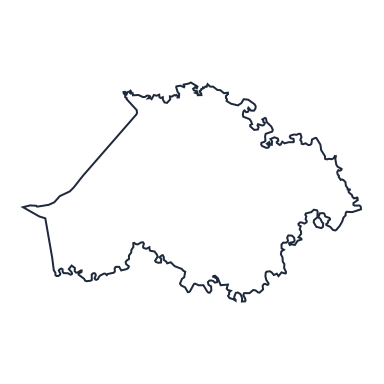 Mueang Yang, Nakhon Ratchasima, Thailand (orthographic projection)
{"feature_id": "78962969B16605171909127", "entity_name": "Mueang Yang", "entity_type": "district", "adm_level": 2, "iso_a3": "THA", "parent_name": "Thailand", "parent_adm1": "Nakhon Ratchasima", "projection": "orthographic", "projection_center": [102.902, 15.442], "detail": "fine", "context": "isolated", "style": "outline", "palette": "slate", "viewbox_px": 384, "rotation_deg": 0, "n_neighbors": 0, "source": "geoboundaries", "source_scale": "gbopen_adm2", "svg_char_len": 5983}
<svg xmlns="http://www.w3.org/2000/svg" viewBox="0 0 384 384"><path d="M126.6,99.1L136.7,110.1L137.0,112.9L136.5,114.3L82.9,175.8L73.6,187.6L69.8,191.4L59.8,196.1L54.3,202.3L48.8,204.8L38.3,206.5L36.9,206.5L36.4,205.8L30.1,205.4L23.0,207.2L39.4,216.5L45.3,218.3L52.2,257.8L53.8,270.3L55.4,272.7L55.5,275.2L56.5,276.0L58.3,276.0L60.1,274.7L60.3,273.5L58.8,270.6L59.5,269.5L61.3,268.6L62.5,269.2L62.7,271.8L63.6,273.1L68.2,273.3L70.4,274.7L71.6,274.4L72.1,273.6L71.5,272.1L68.8,269.1L71.6,265.6L74.9,268.0L74.7,271.1L76.0,272.6L77.4,272.6L81.0,270.4L81.7,270.5L81.4,272.1L78.7,273.4L78.6,274.7L84.0,278.7L85.3,280.8L86.7,281.2L90.7,280.7L91.8,280.0L91.7,274.5L93.1,273.3L94.7,273.2L95.6,274.3L95.8,275.4L94.6,278.3L95.4,279.6L96.5,279.8L98.0,279.0L98.9,276.9L100.5,275.3L104.1,273.6L105.4,273.7L106.8,275.1L107.7,274.0L113.8,272.7L114.8,271.6L114.7,268.2L115.7,266.9L119.2,266.9L121.2,270.4L126.4,269.2L128.3,268.0L128.9,266.4L126.1,264.1L125.6,262.1L126.8,260.4L128.9,259.2L129.0,255.5L131.1,252.7L131.5,249.8L133.4,246.9L133.3,243.1L134.2,242.9L136.1,244.2L137.7,244.4L141.3,242.4L143.0,242.3L143.9,243.7L143.0,246.9L143.5,247.9L146.2,248.8L149.4,247.2L149.6,249.8L150.3,250.8L154.6,251.5L157.0,254.8L157.6,256.7L155.1,260.7L155.8,261.9L158.3,262.8L161.0,262.5L161.2,258.7L159.5,257.3L161.9,255.3L162.8,255.2L163.8,257.1L163.8,259.9L166.3,261.7L167.1,263.3L170.8,262.3L174.7,266.2L181.7,268.9L183.4,270.8L185.2,271.7L184.2,277.3L182.0,278.8L180.0,283.6L181.1,285.4L185.1,287.4L187.8,292.1L188.9,292.1L190.0,291.3L193.9,284.1L195.0,283.6L198.7,285.3L203.4,285.2L207.2,291.5L208.5,292.7L209.7,292.7L211.3,290.6L211.1,286.4L208.5,284.8L207.9,282.1L209.3,280.7L211.0,280.4L213.2,281.0L214.9,282.6L217.0,282.2L217.4,281.3L216.7,278.4L213.1,276.7L213.4,276.0L215.1,275.8L217.8,278.2L220.7,285.2L227.9,284.6L226.7,288.6L227.8,290.0L230.8,290.8L229.0,292.4L229.2,294.3L228.0,295.9L229.6,298.1L233.0,299.1L235.6,300.7L235.6,299.8L234.2,298.3L234.3,296.6L235.8,292.9L237.9,292.5L240.3,294.0L241.1,295.4L242.2,298.4L241.9,301.5L245.0,301.4L245.5,300.7L245.2,298.6L243.3,295.1L244.1,293.1L249.6,293.1L253.2,290.0L255.5,290.4L258.1,292.4L259.6,292.6L263.1,289.4L262.6,286.0L263.7,284.2L265.0,283.8L267.4,284.9L268.4,284.4L268.5,283.3L266.2,279.8L265.4,276.2L265.8,272.6L266.6,271.7L270.0,271.3L271.8,272.5L273.8,275.0L276.8,273.7L278.5,276.1L281.5,272.4L285.1,273.5L285.9,273.2L286.0,272.0L284.1,267.9L284.4,264.1L282.8,261.7L282.5,257.4L280.9,254.3L281.4,251.3L283.9,249.8L281.6,248.4L281.5,244.5L283.1,242.7L286.1,242.7L287.7,241.6L288.0,240.6L287.2,237.8L287.9,235.9L288.7,235.4L292.1,235.7L294.1,237.7L294.6,240.5L293.8,241.9L289.4,242.9L289.1,243.6L289.8,245.0L291.7,244.3L294.8,245.0L297.6,240.8L301.5,239.5L301.3,238.5L298.5,237.3L301.1,233.9L300.9,231.0L299.7,229.4L300.7,226.2L298.7,225.2L298.4,223.9L300.0,222.4L302.0,222.5L304.3,223.6L306.5,222.4L306.8,221.2L305.6,219.3L306.3,216.3L305.3,214.8L305.8,213.5L311.3,212.1L313.9,209.7L316.9,210.3L317.6,211.6L317.4,217.3L314.0,220.1L313.7,222.3L316.3,226.8L321.3,228.1L322.9,226.9L323.2,223.3L322.0,222.2L320.3,218.7L318.6,217.6L318.5,216.8L319.9,213.3L323.0,213.1L324.3,213.6L325.3,216.5L329.4,217.9L330.1,219.0L329.8,219.8L328.2,220.8L328.0,222.6L326.2,224.2L326.3,225.0L330.3,226.9L332.8,229.8L335.1,230.5L336.2,230.0L339.7,225.9L342.2,221.6L343.4,217.7L345.6,215.4L345.6,213.4L346.5,211.8L352.3,212.1L361.0,209.3L360.8,206.8L359.6,205.5L354.6,205.6L353.4,204.8L353.5,203.0L357.8,200.1L357.5,197.9L357.0,197.5L356.1,198.4L355.0,197.9L354.0,198.4L352.4,196.8L352.1,195.2L348.8,192.4L348.4,190.1L349.8,189.9L349.8,189.4L347.6,189.3L347.5,188.0L345.9,185.8L345.4,182.0L343.3,180.0L341.8,179.4L340.7,179.9L338.7,176.9L338.9,175.8L337.7,174.5L337.2,172.1L338.3,170.2L340.0,170.7L341.3,170.0L341.6,168.9L337.7,166.8L336.3,164.7L335.3,158.8L335.9,156.2L334.8,156.0L333.8,158.2L331.7,159.2L328.9,158.8L326.8,159.4L325.1,158.8L325.0,156.2L321.2,150.2L320.4,144.6L316.3,138.0L315.3,137.9L312.0,139.5L311.4,143.8L310.3,144.8L308.5,145.1L305.6,143.3L303.1,144.2L301.6,143.8L301.5,141.6L300.3,140.0L301.5,137.2L300.4,133.9L298.7,133.8L296.7,134.8L293.9,134.5L290.3,135.6L289.8,136.8L290.6,138.2L293.5,138.9L293.9,141.6L293.4,142.2L288.7,142.2L284.6,143.3L282.3,141.7L280.7,144.5L279.8,145.0L276.8,142.9L276.8,141.8L278.3,140.7L277.9,138.6L274.5,137.3L270.5,139.0L272.0,141.3L271.8,144.8L270.3,144.6L269.2,142.1L266.9,143.7L269.3,146.1L268.4,147.6L266.4,147.9L261.9,145.9L261.2,144.5L261.4,142.8L264.2,141.9L265.4,140.9L265.1,136.2L265.7,133.8L272.2,131.6L272.8,129.8L271.3,126.5L266.7,122.1L266.0,118.6L265.0,117.9L262.4,119.4L263.3,120.3L263.3,121.9L264.8,122.9L264.5,124.1L263.6,125.2L262.3,125.5L258.0,124.2L257.5,125.6L258.6,127.1L257.9,129.5L254.2,129.9L250.2,126.3L250.2,125.0L252.1,124.2L251.0,121.2L249.5,119.1L243.3,116.7L242.8,114.7L243.5,111.3L244.5,110.4L246.1,112.1L247.8,111.9L248.9,110.2L248.0,108.6L248.4,107.7L251.2,110.7L254.0,110.7L255.4,108.6L255.7,106.3L254.5,104.2L248.2,99.7L243.7,99.2L241.4,103.1L237.9,105.4L231.0,103.7L226.6,101.0L227.0,99.3L226.0,98.1L225.9,96.1L228.0,94.1L227.9,92.7L224.0,93.2L220.4,90.2L217.3,89.9L213.2,86.7L210.1,86.6L207.6,84.2L206.6,86.8L205.4,86.5L204.2,87.8L203.0,87.4L202.7,88.7L201.4,88.9L201.1,90.3L199.9,90.8L200.1,92.7L201.2,93.3L201.4,95.1L197.8,95.2L197.8,93.8L195.4,92.9L197.4,91.9L197.1,91.2L193.9,90.4L193.1,88.8L195.0,87.3L196.8,88.3L197.5,86.5L190.8,82.5L188.6,83.6L183.7,84.6L184.4,86.6L184.1,87.2L180.4,85.7L176.4,86.4L176.2,87.4L177.6,91.9L179.2,93.9L178.9,97.4L177.5,97.5L177.5,95.7L176.2,94.9L175.4,95.5L174.2,95.1L171.9,96.6L169.9,96.4L170.2,99.4L167.0,102.9L164.5,102.4L162.9,99.6L162.8,97.2L160.8,98.0L159.5,97.3L159.2,94.7L156.7,95.7L153.9,95.0L151.6,99.1L150.3,98.0L148.2,98.3L150.0,96.4L149.3,95.8L147.0,95.6L145.1,96.9L143.0,97.1L138.5,95.0L133.0,95.3L132.6,93.1L130.9,93.6L130.2,93.2L131.1,91.6L130.5,90.7L129.5,91.6L127.5,92.1L126.7,94.0L125.1,91.8L123.5,92.1L123.7,93.3L125.4,95.4L125.1,97.0L126.8,98.3L126.6,99.1Z" fill="none" stroke="#1e293b" stroke-width="2"/></svg>